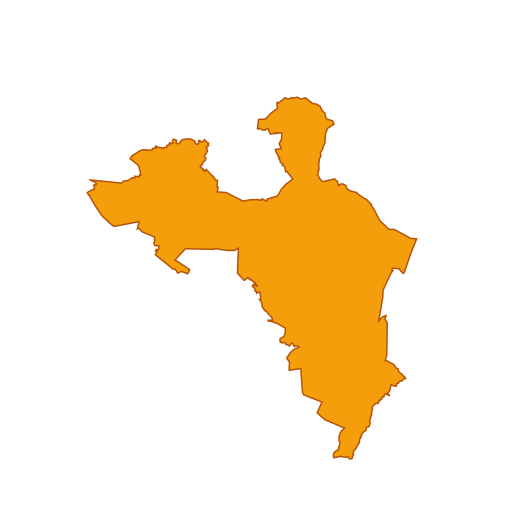 the district of Atotonilco de Tula, Hidalgo, Mexico, rotated 109°
{"feature_id": "50627088B84113731663943", "entity_name": "Atotonilco de Tula", "entity_type": "district", "adm_level": 2, "iso_a3": "MEX", "parent_name": "Mexico", "parent_adm1": "Hidalgo", "projection": "mercator", "projection_center": [-99.239, 19.96], "detail": "fine", "context": "isolated", "style": "filled", "palette": "amber", "viewbox_px": 512, "rotation_deg": 109, "n_neighbors": 0, "source": "geoboundaries", "source_scale": "gbopen_adm2", "svg_char_len": 6061}
<svg xmlns="http://www.w3.org/2000/svg" viewBox="0 0 512 512"><g transform="rotate(109 256 256)"><path d="M238.0,437.3L238.5,436.2L238.3,434.6L238.6,432.7L239.5,430.5L239.8,430.3L240.7,430.5L241.0,431.5L241.8,432.5L245.4,430.5L246.4,432.0L248.7,434.4L251.0,436.2L253.0,434.0L252.9,433.3L259.5,426.0L262.4,422.4L268.0,414.9L269.5,412.1L270.5,409.1L272.7,404.8L274.3,399.9L261.6,377.8L268.9,377.0L267.8,376.2L270.3,371.4L271.0,358.2L273.3,357.4L274.2,356.7L276.6,356.9L278.6,355.6L279.1,354.7L278.0,351.2L280.9,350.2L281.9,350.4L282.0,352.3L283.9,352.7L283.8,350.8L287.5,351.7L295.5,329.8L294.7,328.1L297.6,324.5L294.8,321.2L295.1,314.8L290.5,314.2L286.0,331.2L272.1,325.1L263.4,298.0L262.5,297.8L260.2,285.3L257.6,277.8L254.1,275.3L278.3,267.9L282.9,259.3L282.7,258.9L279.1,257.0L279.2,256.2L279.5,256.2L280.4,253.7L279.8,253.6L281.3,249.6L281.0,249.1L284.0,245.1L284.3,245.4L283.3,249.0L285.9,249.7L286.7,247.6L286.6,247.0L289.6,245.2L289.1,244.3L291.1,243.3L289.3,241.5L288.9,240.5L289.7,240.2L290.0,239.8L291.5,239.3L291.8,238.8L295.3,237.5L295.9,238.6L297.8,235.9L301.9,233.7L304.6,230.0L305.0,229.0L305.0,228.0L306.5,226.0L308.7,221.5L310.8,219.7L311.8,219.4L312.0,221.6L312.8,223.7L313.5,223.4L312.6,219.0L313.0,218.5L312.9,212.9L313.4,211.6L314.6,204.8L318.9,203.4L322.5,203.4L323.5,203.8L326.4,206.3L326.9,206.3L329.8,204.8L329.4,204.1L329.7,202.9L328.7,201.5L328.5,200.7L328.9,199.9L329.8,199.2L329.7,197.1L330.3,195.1L327.9,194.3L326.9,193.7L326.6,193.1L327.2,192.1L329.0,190.9L329.1,190.1L327.7,189.2L327.6,188.6L327.5,187.3L328.1,185.7L332.0,189.9L336.3,192.1L340.3,193.1L341.5,193.7L343.2,193.1L344.2,191.3L346.0,189.5L349.0,188.8L353.3,187.4L347.8,177.0L369.9,167.6L371.7,165.7L372.6,146.1L384.4,147.1L388.4,137.5L389.9,116.2L394.0,118.5L396.8,118.9L399.7,118.6L403.8,117.2L404.0,116.8L406.0,115.6L410.7,115.5L411.8,115.0L413.0,115.3L413.3,116.0L415.0,117.4L416.6,118.2L419.1,118.1L421.5,116.7L419.9,114.5L419.3,112.8L417.7,110.7L417.6,109.9L418.0,109.0L417.6,108.5L417.0,105.4L416.0,103.4L417.4,101.8L416.5,99.5L415.8,99.0L414.1,99.5L412.0,99.1L411.5,99.9L407.9,99.9L404.8,98.6L403.0,98.7L399.1,97.6L395.5,98.2L394.4,98.2L393.7,97.7L392.4,98.1L391.7,98.2L391.1,97.7L389.6,97.9L387.0,96.8L385.1,95.3L384.1,95.2L383.1,95.8L382.1,95.7L381.1,94.2L380.2,93.6L377.0,93.5L376.0,94.1L375.5,94.7L374.7,95.0L371.1,94.9L370.4,95.3L368.9,94.9L366.3,95.7L365.5,96.2L363.9,95.9L360.2,96.9L356.3,94.6L355.7,92.6L352.9,92.6L353.0,92.1L351.1,91.9L351.2,90.9L347.5,90.4L347.7,89.4L344.0,88.9L344.6,84.7L344.0,84.6L343.8,87.6L342.4,86.4L340.5,85.9L339.6,86.0L339.4,85.7L333.8,86.4L334.0,83.1L333.4,81.0L331.1,81.4L329.7,79.8L328.3,79.9L326.1,77.0L324.4,76.4L323.0,74.7L322.1,75.7L321.5,77.5L320.0,79.8L319.9,81.1L318.7,83.5L316.6,84.9L316.0,87.5L314.1,89.7L313.4,91.5L313.3,94.1L312.5,97.0L312.9,99.9L307.8,100.0L295.1,104.0L276.2,110.3L275.5,110.9L273.9,113.3L271.4,113.9L271.0,113.5L270.0,113.6L271.0,115.2L272.9,116.9L277.4,118.8L252.2,123.0L251.1,123.6L246.9,124.7L231.5,123.2L227.2,122.5L225.5,121.8L225.3,122.9L223.2,122.9L221.5,116.9L224.6,111.2L223.6,110.5L204.3,110.5L187.5,109.7L189.1,116.0L188.2,119.5L185.9,134.2L187.1,137.6L187.4,139.1L182.3,150.4L174.3,158.8L170.2,163.7L169.2,164.2L169.3,164.8L166.8,169.3L165.0,177.8L163.2,181.7L163.7,187.4L163.6,189.5L162.6,192.1L160.4,193.7L159.9,195.0L159.6,197.3L159.9,198.5L161.3,200.0L162.4,200.9L158.9,203.5L157.5,206.7L163.9,217.0L163.7,218.3L161.7,221.4L158.7,224.3L156.5,224.3L154.5,225.1L154.5,224.6L153.4,224.7L148.5,226.6L143.0,227.8L140.4,227.1L137.3,228.8L136.6,228.8L134.0,227.7L130.8,228.0L127.0,227.6L116.7,230.3L114.8,229.8L113.3,230.1L111.9,229.9L110.2,228.3L108.7,227.6L106.9,225.7L105.8,225.1L104.8,226.4L103.4,227.2L103.2,228.7L103.5,232.7L102.6,234.9L98.5,237.4L97.4,240.0L96.0,241.7L95.7,242.5L93.8,243.6L93.6,245.0L92.7,246.9L93.0,250.9L93.5,252.3L93.2,253.2L92.7,253.4L92.4,255.4L91.9,256.1L91.9,256.8L90.9,258.5L90.5,261.2L92.9,264.3L93.0,265.9L92.4,267.7L92.6,269.2L94.4,271.7L94.8,274.3L96.3,275.2L96.6,275.7L97.2,277.5L96.8,279.1L97.5,280.9L100.3,281.8L101.0,282.7L104.1,284.5L103.6,285.8L104.2,286.1L107.6,284.8L109.5,283.5L111.1,285.1L116.8,288.7L123.5,291.7L126.0,298.0L135.0,296.2L135.0,295.6L135.4,295.2L134.8,295.0L134.2,294.1L134.9,291.0L134.2,288.6L131.5,286.2L136.1,282.3L134.6,279.1L133.5,278.4L133.0,277.5L133.0,277.2L133.7,277.1L131.1,271.8L136.5,270.0L142.5,270.6L146.3,266.9L149.0,272.4L151.0,271.1L152.7,268.9L155.8,266.2L155.5,265.8L157.0,265.1L157.1,265.3L157.7,264.3L159.6,263.5L159.9,260.8L161.0,261.0L161.6,260.7L161.9,258.2L166.7,255.4L165.9,254.5L171.3,246.2L178.5,251.2L184.6,253.7L192.2,255.2L198.6,264.0L200.8,263.7L199.9,268.9L201.2,268.7L201.6,270.2L201.9,270.2L202.1,271.9L201.9,272.4L203.3,275.6L204.3,278.9L208.3,286.2L205.7,304.8L208.0,313.7L205.1,313.8L203.3,314.3L203.4,315.4L196.8,317.1L197.4,318.9L194.4,322.6L194.7,323.1L190.3,331.2L192.6,332.0L191.3,333.7L192.0,334.3L190.8,334.8L189.9,337.7L189.1,338.0L188.1,336.9L187.7,336.7L184.5,336.5L182.4,335.7L182.2,335.2L179.6,335.2L179.4,336.0L178.2,337.4L176.4,336.7L172.5,336.0L169.4,338.4L168.5,337.4L167.9,337.6L166.9,336.7L165.6,337.9L164.8,337.6L164.2,339.8L162.9,342.6L163.9,342.6L165.6,344.1L166.0,345.0L165.3,346.2L165.2,347.1L165.5,347.8L166.9,347.2L168.1,347.1L169.6,347.9L169.6,349.2L169.0,350.3L168.4,351.1L167.4,351.1L167.0,352.3L166.7,355.9L167.9,360.0L168.9,361.3L169.5,362.8L170.5,363.9L172.1,364.6L172.6,364.3L173.4,364.6L175.2,366.4L175.6,367.5L175.5,368.4L172.7,368.6L172.5,368.9L172.4,370.5L172.2,370.7L172.6,372.2L173.7,372.5L174.9,372.3L176.1,371.4L176.8,371.4L177.3,372.2L176.9,373.5L177.0,374.5L178.2,374.6L179.1,374.0L180.5,376.3L181.8,375.9L182.7,376.3L183.2,378.0L184.3,379.2L184.5,379.9L184.7,383.0L185.1,383.9L184.6,386.4L184.9,386.8L185.6,386.6L185.9,385.8L186.7,385.8L187.7,388.4L188.2,388.9L189.9,388.7L192.4,397.7L194.8,400.4L201.1,405.5L202.9,406.3L205.1,406.6L208.1,397.9L208.8,396.4L216.8,391.2L217.1,392.5L219.0,392.3L220.0,396.6L221.8,396.1L222.4,398.6L226.4,401.7L228.3,405.6L230.9,407.0L238.0,437.3Z" fill="#f59e0b" stroke="#b45309" stroke-width="1.5"/></g></svg>